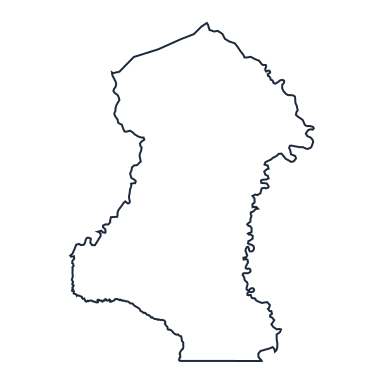 Sherman, Oregon, United States of America (orthographic projection)
{"feature_id": "52423323B77848973852884", "entity_name": "Sherman", "entity_type": "district", "adm_level": 2, "iso_a3": "USA", "parent_name": "United States of America", "parent_adm1": "Oregon", "projection": "orthographic", "projection_center": [-120.7, 45.41], "detail": "fine", "context": "isolated", "style": "outline", "palette": "slate", "viewbox_px": 384, "rotation_deg": 0, "n_neighbors": 0, "source": "geoboundaries", "source_scale": "gbopen_adm2", "svg_char_len": 5984}
<svg xmlns="http://www.w3.org/2000/svg" viewBox="0 0 384 384"><path d="M261.7,361.0L261.6,360.5L259.9,358.9L258.4,356.8L258.4,353.6L260.5,351.0L270.0,348.3L272.6,347.1L274.5,349.3L274.9,351.6L276.3,350.4L277.2,347.9L277.4,343.6L276.7,339.5L276.6,334.6L280.0,332.1L281.0,329.4L279.2,328.9L276.9,329.4L273.3,327.0L271.4,324.4L274.3,320.1L272.0,317.5L270.1,316.7L270.2,315.0L272.0,313.8L271.3,311.1L269.7,311.1L267.9,308.9L269.1,307.9L269.9,305.2L267.3,302.2L264.0,302.5L262.0,303.0L257.4,301.2L255.6,299.9L255.4,298.8L254.5,298.2L253.5,298.4L251.7,297.8L250.7,295.0L249.4,295.0L248.7,295.3L247.5,295.0L247.3,293.7L248.0,292.4L249.9,291.7L251.1,292.2L253.2,291.7L254.2,290.2L253.5,288.5L251.6,288.1L249.5,289.4L248.8,290.3L247.3,290.1L246.5,289.1L246.7,287.2L247.4,285.1L247.6,283.7L247.0,282.2L245.7,281.2L244.5,279.6L244.3,277.7L243.4,276.0L242.6,274.9L243.1,273.5L244.3,273.2L247.8,273.2L249.8,272.3L250.6,271.0L250.1,269.2L248.7,268.5L247.2,268.9L245.7,268.2L245.7,267.0L246.9,264.4L248.0,262.5L247.6,259.9L246.0,259.1L243.6,259.5L243.5,257.7L246.4,257.1L247.2,255.2L245.5,251.0L245.7,249.1L246.9,247.1L247.9,246.7L248.9,248.5L249.1,250.1L249.9,251.4L251.9,251.4L253.2,250.6L254.0,248.6L253.7,246.4L252.0,244.9L249.5,244.2L248.0,243.3L248.4,241.1L250.1,240.4L252.7,238.6L252.7,235.9L250.3,234.3L249.0,234.6L247.9,233.6L248.7,233.1L250.0,232.8L251.6,232.0L251.6,228.2L250.2,226.2L248.4,225.8L247.2,224.3L248.4,223.1L250.4,221.7L250.5,218.8L251.5,215.8L250.7,214.4L250.8,212.3L252.5,211.9L254.1,210.8L255.4,209.1L258.0,208.7L256.4,207.0L253.9,206.9L252.6,207.2L252.4,204.3L254.6,202.4L254.5,198.5L252.5,195.9L255.4,194.5L257.3,195.1L260.4,193.3L261.7,188.4L264.5,187.8L265.7,188.4L267.8,187.8L268.7,186.8L267.8,184.8L266.6,183.4L261.3,182.9L261.0,180.5L262.7,179.7L266.2,179.5L268.6,178.4L267.8,175.9L265.4,174.7L264.2,171.6L266.6,169.4L268.6,168.7L267.8,165.6L265.9,165.1L264.5,164.5L265.5,162.1L271.0,159.5L273.2,157.6L274.8,157.0L277.4,155.3L278.5,153.9L281.5,153.6L285.9,159.0L289.0,160.5L290.9,161.9L293.8,161.3L296.0,158.5L295.2,156.0L291.0,154.3L290.2,150.1L289.1,148.0L289.9,145.8L291.3,145.6L299.4,147.1L303.0,147.2L305.9,148.6L307.9,148.9L310.7,147.7L311.6,146.5L313.2,141.9L312.6,139.8L310.7,137.6L307.3,136.1L305.8,133.7L307.3,131.2L308.5,129.9L311.0,129.3L312.6,129.7L313.8,128.3L312.9,126.9L309.9,126.0L307.2,126.1L305.9,125.7L304.7,124.6L302.9,120.3L301.6,119.1L297.9,116.7L295.9,114.8L296.4,112.2L297.7,110.4L296.7,105.8L295.4,102.8L295.2,98.8L294.9,96.5L293.4,95.5L291.0,95.1L288.1,95.1L285.9,93.9L283.5,91.2L282.2,88.4L282.2,84.9L283.8,83.1L284.2,81.3L284.1,80.6L282.5,79.9L280.4,80.2L277.1,82.7L275.1,83.7L273.4,82.9L273.2,81.5L272.3,80.3L270.7,79.7L270.2,77.6L268.9,76.1L268.0,75.9L267.7,74.1L270.1,72.7L270.0,71.5L269.1,70.6L267.0,70.9L266.1,71.5L265.4,70.4L265.2,69.0L266.2,66.4L265.8,65.0L262.7,64.9L261.6,64.0L260.0,62.0L259.3,60.8L255.1,59.2L250.7,56.8L247.7,57.4L244.5,57.5L243.6,55.2L240.6,51.4L238.0,47.4L234.8,43.3L229.3,41.5L224.9,38.8L222.4,33.9L217.7,30.9L214.2,31.5L209.5,29.9L208.0,24.8L206.8,23.0L201.3,26.7L193.9,34.1L181.3,39.0L158.0,49.4L133.8,57.0L119.4,71.7L112.9,73.2L112.0,72.5L112.4,75.4L115.6,81.6L116.2,84.0L115.6,86.8L114.1,88.8L113.4,91.0L114.6,92.9L116.5,94.1L118.0,95.6L119.0,98.2L119.4,100.0L116.5,105.0L115.6,107.7L115.4,110.9L114.7,112.3L114.3,113.8L115.1,116.1L117.6,119.6L118.1,122.6L119.8,123.8L121.9,124.7L123.1,128.5L124.5,131.5L126.3,131.7L130.2,130.7L133.2,132.7L134.3,134.1L138.2,136.5L141.2,137.5L143.6,137.6L144.3,139.7L141.2,141.8L140.0,143.6L140.3,145.7L141.6,147.6L141.2,150.5L139.8,153.9L139.6,155.6L140.7,161.6L136.9,165.2L134.1,165.4L132.0,167.4L131.5,170.4L130.1,173.5L131.3,177.9L134.3,179.7L135.8,181.2L135.1,183.2L133.2,183.2L131.0,183.8L131.3,185.1L131.1,186.7L130.0,189.5L129.8,192.1L128.9,197.2L129.9,201.7L129.2,203.1L127.9,203.4L126.7,202.7L125.3,201.4L123.6,202.9L121.8,205.6L118.5,210.0L117.5,212.5L117.6,214.5L117.2,216.8L110.9,217.2L110.1,220.7L110.2,222.3L108.2,224.5L105.7,224.3L103.0,225.6L103.0,227.1L105.3,229.4L105.6,232.2L105.0,232.8L102.8,232.3L101.3,230.7L97.8,231.7L98.9,232.1L100.6,233.6L100.6,236.1L95.0,245.1L92.1,245.1L90.4,242.9L90.4,241.2L90.9,238.8L89.3,237.8L87.0,237.8L85.9,239.3L85.1,242.3L84.0,244.7L80.9,245.1L79.0,243.9L76.2,244.7L74.2,249.9L72.5,253.7L70.2,255.6L71.2,256.8L74.0,256.3L74.2,258.8L72.4,260.8L72.2,263.0L73.1,263.8L73.6,266.0L72.4,267.3L72.6,268.8L72.5,272.9L72.8,276.7L71.8,279.8L73.0,281.9L73.0,282.7L72.5,283.3L72.2,284.2L72.6,284.8L73.6,285.4L73.3,286.5L72.4,287.5L72.5,288.4L73.0,289.4L72.2,289.9L72.0,290.7L73.3,291.4L73.9,291.4L73.7,293.5L76.1,294.4L76.8,295.7L77.1,295.2L78.5,295.5L81.8,296.8L82.2,297.9L82.8,298.9L84.3,298.5L85.2,300.8L85.9,301.5L86.6,301.6L86.8,301.1L87.8,300.7L88.5,301.2L90.1,300.5L91.7,300.6L93.0,301.5L94.4,301.5L95.6,302.2L97.0,302.5L98.0,302.2L98.1,301.4L97.6,301.0L97.4,300.2L98.3,299.7L99.2,299.9L99.4,300.4L101.4,300.7L101.6,301.2L102.5,301.6L102.8,301.0L103.5,300.4L104.1,300.7L105.1,299.9L105.4,299.1L106.1,299.4L106.2,300.2L107.5,300.7L109.5,299.5L110.2,300.2L109.8,300.6L110.1,301.8L110.8,301.8L114.4,300.3L115.0,299.2L117.0,299.0L118.6,299.5L119.3,300.1L120.2,300.2L120.4,299.7L121.7,300.1L122.5,300.8L123.7,300.5L125.9,301.4L127.7,301.4L128.3,301.7L130.4,303.4L131.8,303.4L132.7,303.7L134.3,305.6L139.0,308.4L140.0,309.7L140.5,310.9L142.5,311.9L143.1,312.6L144.1,313.0L144.7,312.7L145.6,313.2L146.9,314.7L148.3,314.9L149.9,315.9L151.2,317.6L152.1,317.2L153.5,318.4L155.1,319.1L156.7,319.0L157.7,319.8L158.8,319.4L160.2,320.0L161.6,319.8L164.3,320.5L165.3,321.8L165.3,322.9L164.8,323.6L166.4,326.0L167.4,326.9L167.6,327.9L167.6,329.0L168.3,329.7L170.1,329.6L172.2,331.1L173.2,332.6L174.6,333.8L176.4,334.7L177.9,334.4L179.0,335.5L181.2,336.4L182.0,341.2L182.7,341.8L183.3,342.6L183.2,344.6L183.4,346.7L183.0,348.6L182.7,349.1L182.0,349.4L180.6,351.4L179.6,353.8L180.2,354.7L180.1,356.0L180.4,356.8L180.1,357.5L179.4,358.1L179.3,359.4L179.0,359.9L179.9,360.9L261.7,361.0Z" fill="none" stroke="#1e293b" stroke-width="2"/></svg>